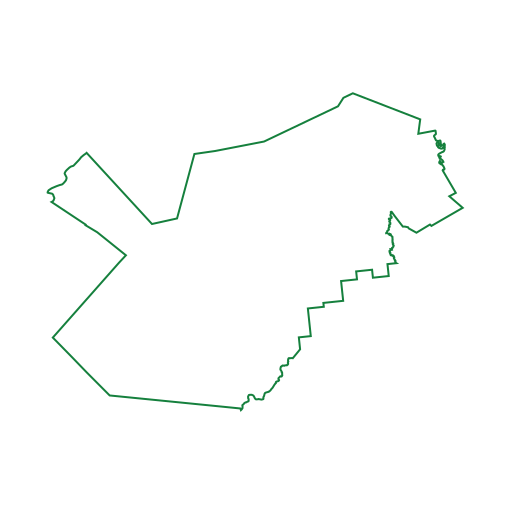 Anáhuac, Nuevo León, Mexico (orthographic projection), rotated 264°
{"feature_id": "50627088B57971111763522", "entity_name": "Anáhuac", "entity_type": "district", "adm_level": 2, "iso_a3": "MEX", "parent_name": "Mexico", "parent_adm1": "Nuevo León", "projection": "orthographic", "projection_center": [-100.048, 27.323], "detail": "fine", "context": "isolated", "style": "outline", "palette": "green", "viewbox_px": 512, "rotation_deg": 264, "n_neighbors": 0, "source": "geoboundaries", "source_scale": "gbopen_adm2", "svg_char_len": 5878}
<svg xmlns="http://www.w3.org/2000/svg" viewBox="0 0 512 512"><g transform="rotate(264 256 256)"><path d="M104.3,224.9L105.0,225.8L105.3,226.0L106.2,226.7L106.6,226.7L107.4,226.9L108.7,226.8L109.1,226.9L109.3,227.1L109.4,227.4L109.9,228.1L110.2,228.4L110.8,228.9L111.1,229.4L111.5,230.3L111.4,230.6L111.4,230.8L112.1,232.4L112.2,233.1L112.6,233.5L113.9,233.7L114.9,233.6L115.5,233.3L116.2,233.4L116.9,233.4L118.1,234.1L118.5,234.5L118.6,235.5L118.4,237.3L117.5,238.8L117.0,239.1L115.8,239.6L114.6,240.0L114.1,240.3L113.5,240.9L113.4,241.2L113.4,242.0L113.3,243.0L113.5,243.6L112.6,246.4L112.7,247.3L112.9,248.2L113.1,248.4L113.6,248.5L114.8,248.6L116.0,249.4L118.2,250.2L118.8,250.7L119.1,251.4L119.2,252.0L119.5,253.5L119.6,254.5L120.1,255.0L120.3,255.6L121.0,256.5L121.8,257.1L123.2,258.7L126.2,261.0L126.9,261.7L127.2,261.9L127.4,262.4L128.0,262.6L128.3,262.6L128.6,262.7L129.0,263.3L129.0,263.6L129.3,265.2L129.9,265.9L130.1,266.0L130.3,266.0L130.8,265.6L131.4,265.4L132.4,265.8L132.9,266.6L133.7,267.4L133.8,268.0L133.5,268.8L133.7,269.1L134.1,269.3L134.7,269.7L135.7,269.6L136.8,269.8L137.1,269.8L137.7,269.7L138.0,269.3L138.6,269.3L139.5,269.0L140.1,268.6L140.4,268.4L141.8,268.6L143.3,269.2L143.5,269.9L144.0,270.4L144.3,271.1L144.2,271.3L144.2,271.8L144.0,272.2L143.9,272.7L144.2,273.3L144.1,274.6L144.2,275.3L144.3,275.4L144.2,275.5L144.7,276.3L145.4,276.7L147.0,276.6L147.6,277.1L148.4,276.9L150.0,277.2L150.7,277.6L150.9,277.8L151.0,278.3L150.7,278.7L150.8,279.6L150.7,281.9L150.6,282.0L158.6,290.1L170.6,290.1L170.6,302.1L198.4,302.1L198.4,318.1L202.3,318.1L202.3,338.0L222.2,338.0L222.2,338.7L222.2,354.0L230.2,354.0L230.2,370.0L222.2,370.0L222.2,385.9L234.2,385.9L234.2,394.9L235.0,394.0L235.5,393.9L235.9,394.2L236.6,394.2L236.9,393.6L237.1,393.6L237.5,393.8L237.9,393.5L238.2,393.5L238.7,393.1L239.0,392.9L239.8,392.9L240.3,393.4L240.8,393.2L241.4,392.5L241.8,392.8L242.0,392.6L241.9,392.2L242.1,392.1L241.9,391.9L242.0,391.6L242.4,391.4L242.9,390.9L243.0,390.6L242.6,390.5L242.7,390.1L244.2,389.7L244.5,389.7L244.8,390.0L245.4,389.9L245.5,389.8L245.3,389.5L245.3,389.4L246.4,389.2L246.9,389.3L246.8,389.7L247.7,390.1L247.7,390.3L247.1,390.5L248.0,390.6L248.0,390.8L248.4,390.4L248.5,390.4L248.6,390.7L248.8,390.6L248.8,391.2L248.4,391.2L248.6,391.5L248.6,392.0L249.0,392.2L249.9,392.2L250.0,392.4L249.8,392.6L250.2,392.8L250.4,393.1L250.8,393.5L251.1,393.5L251.6,393.7L251.8,394.0L252.0,393.9L252.3,393.6L253.0,393.7L253.6,393.8L253.7,393.6L253.7,393.3L253.9,393.3L254.0,393.5L254.4,393.5L255.0,393.2L255.4,393.5L255.9,393.2L256.4,393.3L256.8,393.2L257.0,393.4L257.9,393.6L258.1,393.6L258.6,393.4L259.0,393.6L260.7,393.7L260.9,393.4L261.2,393.4L262.3,392.4L263.1,392.4L263.7,392.1L263.8,391.6L264.0,391.3L263.7,391.2L263.3,391.4L263.0,391.4L262.9,391.3L263.0,391.0L263.4,390.6L264.1,390.5L264.7,389.2L265.2,388.5L265.1,388.1L265.1,387.9L265.5,388.0L265.6,388.5L265.8,388.7L267.1,389.1L267.2,389.6L267.7,390.0L267.8,390.4L268.1,390.7L268.5,390.9L268.6,390.7L269.0,390.6L269.9,390.8L270.6,391.3L271.1,392.0L271.3,392.0L272.0,391.4L272.4,391.4L272.8,391.7L272.9,392.0L273.5,392.0L273.5,392.5L273.7,392.9L274.8,393.1L275.7,392.7L276.2,392.1L276.3,392.1L276.8,392.3L277.1,392.6L277.1,392.9L277.3,393.1L277.6,393.0L277.9,393.1L277.9,392.9L278.6,392.1L278.8,392.0L279.1,392.0L279.3,392.2L279.3,393.1L279.6,393.9L279.6,394.4L279.9,394.9L281.0,394.9L281.4,394.6L282.0,393.9L282.8,394.0L283.7,394.4L284.0,394.7L284.2,394.8L284.7,394.8L284.9,394.7L285.3,394.6L285.6,394.6L285.8,394.8L285.8,395.4L285.5,395.7L284.4,396.3L281.6,397.9L269.9,405.1L269.7,407.1L268.7,410.2L268.0,410.5L267.4,410.9L262.4,418.0L269.1,432.3L267.6,433.6L282.3,466.6L295.2,454.5L297.9,461.3L321.6,450.6L322.2,450.9L322.3,451.1L322.4,451.5L322.3,452.0L322.4,452.3L323.0,452.6L323.9,452.4L325.7,451.8L326.4,451.2L327.2,450.9L327.5,450.4L327.9,449.5L328.6,448.8L328.9,448.4L329.4,448.0L330.0,448.0L330.3,448.1L331.2,448.7L331.3,448.8L330.9,449.2L329.3,450.2L329.2,450.5L329.3,451.1L329.6,451.5L329.8,451.7L330.0,452.2L331.3,451.7L331.8,451.4L333.3,449.9L333.4,449.6L333.5,449.1L333.6,448.9L334.2,448.8L334.8,448.5L335.2,448.7L335.4,449.0L335.3,450.0L335.5,450.2L335.8,450.1L336.2,449.2L336.0,448.5L336.1,448.3L336.6,447.8L337.5,447.8L337.9,448.0L338.6,448.9L340.0,452.2L339.9,452.3L340.1,453.0L340.5,453.7L342.1,454.7L343.3,454.8L344.3,455.1L345.6,455.1L345.8,455.2L346.0,455.0L347.2,455.4L348.1,454.9L348.0,454.6L347.9,454.3L347.3,453.9L346.9,453.8L346.5,453.8L345.6,453.9L345.0,453.9L344.3,453.3L343.8,453.2L343.5,452.8L343.5,452.0L343.4,451.6L343.4,451.3L344.2,449.8L344.2,449.5L344.7,448.9L345.1,448.5L345.5,448.4L346.6,448.6L346.7,448.4L346.6,447.9L346.8,447.5L347.5,447.4L347.7,447.5L348.3,447.3L349.1,447.3L349.4,447.5L349.6,447.7L349.8,448.9L349.6,449.4L349.2,449.7L347.9,449.6L347.0,449.9L346.6,450.2L345.9,451.2L346.0,451.6L346.2,451.8L347.5,451.8L348.6,451.4L349.7,451.6L351.1,451.5L351.4,451.4L351.6,451.2L351.6,450.7L351.3,449.7L351.5,448.8L351.5,448.2L351.7,447.8L352.3,447.1L352.7,446.9L355.1,446.1L356.2,445.6L356.8,445.6L357.5,446.2L358.3,447.5L358.7,447.7L360.7,447.7L361.8,447.6L362.0,447.3L360.6,430.2L372.3,433.0L374.7,433.6L407.7,369.3L404.2,359.5L396.3,353.2L369.0,276.0L364.7,226.3L363.9,205.4L301.6,181.4L298.7,155.9L376.3,98.3L375.8,97.7L374.4,95.2L372.5,92.4L370.8,90.8L369.7,89.6L365.0,84.1L364.7,83.5L364.5,82.2L364.3,81.3L363.4,79.6L361.3,76.8L360.1,75.5L358.6,74.5L357.9,74.3L354.3,75.7L353.4,75.8L353.0,75.7L351.5,75.1L350.8,74.6L349.5,73.3L348.1,71.7L347.4,70.5L347.1,68.3L346.3,65.0L344.7,59.8L343.1,56.7L342.8,56.4L341.6,55.6L341.0,55.4L340.8,55.4L340.6,55.7L339.3,59.7L338.7,60.3L337.7,60.8L336.7,60.9L335.4,61.4L334.5,61.5L334.1,61.3L332.5,60.5L331.6,59.6L331.1,58.3L305.0,89.9L304.5,89.6L296.2,100.6L270.3,126.7L263.6,119.0L196.1,45.4L173.9,63.0L157.9,75.5L132.6,95.9L111.1,199.9L106.0,224.5L104.3,224.9Z" fill="none" stroke="#15803d" stroke-width="2"/></g></svg>